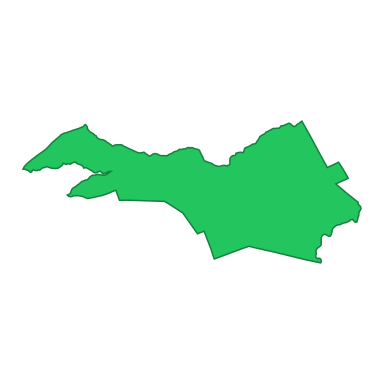 Kasarani, Nairobi, Kenya (orthographic projection)
{"feature_id": "3690345B25272410242240", "entity_name": "Kasarani", "entity_type": "district", "adm_level": 2, "iso_a3": "KEN", "parent_name": "Kenya", "parent_adm1": "Nairobi", "projection": "orthographic", "projection_center": [36.978, -1.252], "detail": "fine", "context": "isolated", "style": "filled", "palette": "green", "viewbox_px": 384, "rotation_deg": 0, "n_neighbors": 0, "source": "geoboundaries", "source_scale": "gbopen_adm2", "svg_char_len": 4430}
<svg xmlns="http://www.w3.org/2000/svg" viewBox="0 0 384 384"><path d="M119.5,200.3L127.2,200.2L147.4,200.8L164.7,201.4L168.9,204.0L182.7,212.9L185.3,216.5L188.3,220.7L197.5,233.8L204.1,231.2L210.9,248.9L211.8,251.8L214.3,259.0L219.7,257.0L225.0,255.0L233.6,251.8L239.9,249.5L244.6,247.8L249.0,246.3L252.4,247.1L254.7,247.7L274.3,252.1L289.5,255.8L297.2,257.7L305.9,259.8L320.7,262.9L321.4,261.3L321.1,260.0L320.3,258.7L318.9,258.1L317.4,258.7L315.9,257.4L315.8,255.3L316.3,253.8L316.1,252.2L315.9,250.9L316.2,249.8L317.2,248.5L318.5,247.3L319.9,246.5L321.0,245.2L321.2,243.4L321.3,241.5L321.2,239.3L321.3,237.8L321.7,236.6L322.8,235.0L324.0,234.4L325.3,234.4L327.4,235.5L328.9,236.3L330.5,236.0L331.4,234.0L331.9,232.2L332.1,230.9L332.4,229.2L333.5,227.8L335.0,226.5L336.2,225.6L337.5,225.0L338.8,224.8L340.0,224.7L341.4,224.0L342.8,223.2L344.1,222.9L345.7,222.7L347.1,222.1L348.7,221.3L349.8,220.8L351.0,219.7L352.6,219.4L353.8,220.8L355.0,222.2L356.8,222.0L357.5,219.7L357.9,217.9L358.6,216.1L358.9,214.8L358.8,213.5L359.3,211.7L360.8,209.4L361.0,208.1L360.6,206.8L359.5,205.4L358.2,204.2L358.2,202.4L346.6,193.1L337.5,185.4L335.8,183.9L348.3,178.3L342.9,168.9L342.1,167.7L338.6,162.2L335.2,163.8L327.3,167.5L322.9,159.5L319.8,153.8L316.7,148.0L312.0,139.2L301.9,121.1L300.1,122.4L298.7,123.5L297.3,124.3L296.4,125.1L295.5,126.1L294.1,126.6L292.6,125.7L290.4,123.7L288.9,123.2L282.9,125.8L281.3,125.7L280.4,126.7L279.5,128.0L277.9,128.2L276.0,128.3L274.4,128.5L273.3,128.4L267.2,131.7L266.0,132.1L264.9,133.7L263.2,134.5L261.0,135.7L259.6,137.0L258.9,138.7L258.1,139.9L256.8,141.5L256.1,143.0L255.0,143.8L253.7,144.0L252.4,144.2L249.7,146.0L245.8,147.7L244.7,148.3L243.8,151.3L243.3,152.7L241.6,152.3L240.3,152.3L238.5,152.5L236.0,153.2L235.4,155.2L234.4,155.6L232.9,155.5L230.9,157.0L230.1,158.2L229.8,160.9L229.9,162.7L229.9,164.1L229.1,164.9L228.0,165.2L227.1,166.2L225.5,165.5L224.1,165.3L222.4,165.5L220.2,166.3L218.6,166.3L217.0,166.1L215.1,165.4L213.3,164.6L212.2,163.6L210.5,163.0L207.3,161.9L204.3,160.7L203.6,159.3L203.0,157.7L202.0,155.7L200.7,153.2L199.8,151.1L198.9,149.8L197.8,149.4L195.9,149.0L194.0,148.4L192.4,147.7L191.0,147.6L190.1,148.2L188.9,147.4L187.7,147.8L186.5,148.0L185.6,148.8L184.2,148.8L182.6,149.1L181.0,149.5L179.4,149.3L177.4,150.9L175.4,151.4L173.7,152.0L172.3,153.0L171.2,153.6L170.0,154.0L168.3,154.8L167.6,155.7L160.3,155.6L158.4,154.6L156.7,153.8L155.6,153.6L154.2,153.7L152.8,154.1L151.2,155.3L149.6,156.2L146.6,154.2L144.0,152.2L142.4,152.5L141.1,152.8L139.6,153.0L138.0,152.7L135.8,151.7L133.9,150.9L124.3,146.4L121.6,144.8L120.4,144.8L116.9,144.8L115.1,144.9L113.7,145.9L112.3,146.0L111.2,145.0L108.6,143.1L106.7,142.2L105.6,141.0L103.9,140.1L102.7,139.7L101.4,139.6L99.5,139.2L98.2,138.5L97.2,137.8L96.3,135.9L94.8,135.2L94.0,134.4L93.1,133.6L91.7,132.8L89.8,131.8L88.8,130.4L87.9,129.6L87.3,127.7L87.1,126.6L86.3,125.3L85.3,124.5L84.3,125.5L83.4,126.5L82.2,127.0L78.4,128.6L72.5,130.4L69.5,131.6L66.8,132.5L64.0,133.3L61.5,134.4L59.1,136.7L52.5,142.2L47.0,148.1L44.3,150.5L41.1,152.7L38.1,154.8L32.1,159.4L28.1,162.7L27.0,163.7L24.4,166.4L23.0,169.2L24.5,169.2L25.6,169.6L27.1,170.1L28.7,170.7L29.5,171.8L30.6,172.3L31.7,171.9L32.1,170.7L33.1,169.8L35.1,170.5L37.1,170.6L38.3,169.9L39.7,170.2L40.7,169.5L42.2,168.1L43.8,167.7L45.1,167.4L46.8,166.6L48.7,167.3L50.3,167.9L51.9,168.2L53.9,168.4L55.1,168.5L58.3,168.2L59.1,167.4L60.4,166.7L61.8,165.7L62.7,164.6L63.2,163.3L64.5,163.9L66.5,164.5L67.8,163.7L69.3,164.0L70.4,164.2L72.0,163.0L73.3,162.6L74.4,162.1L75.7,162.2L76.5,163.2L77.8,163.9L79.4,164.4L80.5,164.9L81.6,165.3L83.2,166.8L83.7,168.1L85.2,167.6L86.4,167.9L88.0,168.6L90.8,170.4L92.4,171.1L93.4,172.0L94.3,172.7L95.6,172.8L96.9,172.6L98.0,172.0L99.0,171.4L100.3,171.3L101.2,172.1L102.7,173.6L104.3,173.6L105.4,173.1L106.6,172.8L107.4,171.9L109.2,171.4L110.9,171.4L105.9,174.9L104.3,175.3L102.1,175.1L99.0,174.6L97.5,174.4L95.9,174.8L94.3,175.3L92.9,175.2L91.7,175.6L90.0,176.8L89.2,177.8L88.2,179.0L86.8,180.0L85.1,180.1L83.9,180.9L82.2,181.3L81.0,182.2L80.0,183.1L78.8,184.1L77.6,184.8L76.8,185.7L74.7,187.1L73.2,187.9L71.9,189.3L71.1,191.0L70.7,192.4L70.2,193.7L68.9,194.3L67.3,195.0L68.5,196.2L70.4,196.8L71.8,196.6L73.3,195.9L74.8,195.7L76.5,195.7L78.1,195.7L80.5,196.0L82.6,196.5L85.5,197.7L87.1,198.5L91.3,197.9L96.6,196.7L102.1,195.5L104.8,194.6L105.9,194.3L111.4,192.0L113.8,191.0L115.8,190.2L119.5,200.3Z" fill="#22c55e" stroke="#15803d" stroke-width="1.5"/></svg>